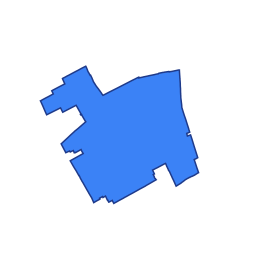 Padina, Buzau, Romania, rotated 134°
{"feature_id": "2599482B78773943722389", "entity_name": "Padina", "entity_type": "district", "adm_level": 2, "iso_a3": "ROU", "parent_name": "Romania", "parent_adm1": "Buzau", "projection": "natural_earth1", "projection_center": [27.115, 44.828], "detail": "fine", "context": "isolated", "style": "filled", "palette": "blue", "viewbox_px": 256, "rotation_deg": 134, "n_neighbors": 0, "source": "geoboundaries", "source_scale": "gbopen_adm2", "svg_char_len": 5204}
<svg xmlns="http://www.w3.org/2000/svg" viewBox="0 0 256 256"><g transform="rotate(134 128 128)"><path d="M169.3,209.7L171.5,204.2L173.6,199.2L175.0,195.7L160.4,190.5L162.0,185.9L153.3,183.0L147.7,181.1L148.2,179.3L149.3,175.7L150.5,171.5L150.5,171.4L151.2,171.7L151.4,170.9L150.8,170.3L150.9,170.1L151.0,169.7L152.1,165.8L152.9,162.8L152.9,162.7L153.9,162.8L155.1,162.9L156.2,163.0L157.2,163.1L158.7,163.2L159.4,163.3L159.4,163.2L159.5,163.2L160.0,163.3L161.8,163.5L162.4,163.5L164.0,163.7L165.0,163.8L166.9,164.1L167.5,164.1L167.9,164.1L172.4,164.4L177.2,164.6L185.8,165.1L186.1,164.2L186.7,162.5L188.5,157.0L189.0,155.6L187.5,155.0L186.3,154.5L185.1,154.0L185.3,153.3L185.4,152.9L182.2,151.7L183.2,149.4L182.3,149.1L182.3,148.7L176.1,146.8L176.8,145.1L177.5,142.5L183.7,144.4L183.8,144.4L191.7,146.8L191.9,146.3L192.1,145.4L192.9,142.7L193.4,141.0L193.7,139.9L194.1,138.4L194.5,136.8L194.7,135.9L196.4,130.2L196.1,130.1L197.3,127.2L197.8,125.4L198.0,124.9L198.3,123.9L198.5,122.9L200.9,114.9L202.0,111.0L202.1,110.9L202.1,110.7L202.4,109.7L202.7,108.6L203.5,105.6L204.7,102.7L205.5,100.8L202.9,100.1L200.7,99.4L198.9,98.8L198.6,98.8L198.3,99.7L195.0,98.7L195.4,97.7L192.6,96.9L193.1,95.6L193.4,94.7L193.6,94.3L193.7,94.1L193.9,93.5L194.2,92.7L193.9,92.6L193.9,92.4L194.0,92.2L194.2,91.7L194.4,91.4L194.5,91.1L194.7,90.3L194.5,90.2L191.0,89.0L191.2,88.6L191.4,88.1L191.7,87.0L192.0,86.2L192.1,85.8L191.6,85.7L190.4,85.3L188.8,84.8L188.5,84.7L187.1,84.3L186.7,84.2L181.8,82.6L181.0,82.4L179.9,82.1L178.5,81.6L175.1,80.6L173.9,80.2L171.4,79.4L163.7,77.1L157.5,75.1L157.1,75.1L154.1,74.2L145.7,71.8L145.7,72.2L145.4,73.0L145.5,73.3L145.5,73.8L145.3,74.4L145.2,74.8L144.8,75.2L144.0,77.5L142.7,77.1L141.2,81.1L138.9,80.3L138.6,80.2L138.2,80.1L137.4,79.8L136.9,79.6L136.1,79.3L135.7,79.2L135.2,79.0L134.8,78.9L134.7,78.9L133.9,78.6L133.0,78.3L128.0,76.7L127.4,76.4L127.5,76.1L128.0,74.9L128.1,74.6L128.4,74.1L128.8,73.1L128.8,72.9L129.1,72.3L129.2,71.9L129.5,71.3L129.6,70.9L130.0,69.9L130.3,69.5L130.4,68.9L130.4,68.7L130.4,68.2L130.5,68.0L130.6,67.6L130.9,67.0L131.0,66.7L131.4,65.7L131.5,65.4L131.6,65.2L131.8,64.8L132.4,63.1L132.7,62.4L133.2,61.2L133.5,60.4L133.9,59.2L136.4,53.0L135.3,52.7L134.8,52.6L134.6,52.5L134.4,52.5L134.1,52.4L133.9,52.4L133.6,52.3L133.2,52.2L132.8,52.1L132.3,51.9L131.7,51.8L131.0,51.7L130.8,51.6L130.6,51.5L130.2,51.5L129.8,51.5L129.6,51.5L129.2,51.4L128.8,51.3L128.5,51.2L127.9,51.2L127.2,51.0L126.8,51.0L126.7,51.0L126.1,50.9L125.2,50.8L125.0,50.7L124.6,50.6L124.3,50.5L123.5,50.3L122.5,50.0L122.4,49.9L122.2,49.9L121.4,49.7L120.9,49.4L120.7,49.4L120.4,49.3L120.4,49.2L120.2,49.2L119.6,49.0L119.0,48.7L118.8,48.7L118.6,48.6L118.4,48.4L118.1,48.3L117.9,48.2L117.7,48.1L117.3,48.0L117.2,48.0L117.1,47.9L116.6,47.7L116.4,47.7L116.2,47.6L115.8,47.4L115.6,47.4L115.4,47.4L115.2,47.3L114.9,47.2L115.0,47.2L114.6,47.1L114.0,47.0L112.0,46.5L111.1,46.2L109.2,49.9L109.2,50.0L106.9,54.3L104.7,58.5L103.0,57.8L100.9,57.2L98.9,60.9L94.9,68.3L94.5,69.0L91.6,74.2L89.5,78.2L92.5,79.7L91.6,81.2L91.1,82.0L88.9,81.0L88.1,80.7L87.8,81.3L87.5,81.9L87.2,82.4L87.0,82.9L86.7,83.4L86.4,83.8L85.8,84.9L84.7,87.0L81.7,92.5L80.1,95.7L79.8,96.3L77.7,100.2L76.3,102.7L75.8,103.6L75.5,103.9L74.6,104.9L74.3,105.2L73.4,106.3L69.5,111.1L69.4,111.2L69.1,111.5L68.8,111.8L68.6,112.0L68.3,112.3L68.0,112.6L67.6,113.1L67.2,113.5L66.7,114.0L66.5,114.3L66.3,114.4L66.0,114.8L65.6,115.2L64.7,116.1L64.2,116.6L63.6,117.2L63.1,117.7L62.9,117.9L62.4,118.5L61.4,119.6L60.4,120.6L59.7,121.3L58.7,122.4L57.8,123.4L56.3,125.1L56.1,125.2L56.1,125.3L55.8,125.7L54.8,126.7L54.4,127.2L53.9,127.7L53.6,128.1L53.1,128.6L52.2,129.6L50.7,131.2L50.6,131.3L51.3,132.0L53.5,133.5L53.8,133.7L54.1,133.9L56.9,135.8L57.5,136.3L58.8,137.2L59.1,137.4L59.1,137.5L58.9,137.7L58.9,137.8L60.1,138.7L61.3,139.6L62.4,140.5L62.5,140.5L63.0,140.8L63.4,141.2L63.9,141.6L67.3,143.9L67.5,143.9L67.8,143.8L68.0,143.9L69.1,144.7L70.0,145.3L71.1,146.0L71.3,146.1L75.5,149.0L76.1,149.4L76.3,149.5L77.5,150.3L79.1,151.4L80.7,152.5L81.1,152.7L84.5,155.0L84.0,155.6L85.0,156.0L86.7,156.6L87.9,157.0L88.2,157.1L89.8,157.7L92.1,158.5L94.8,159.4L103.6,162.4L107.4,163.7L115.1,166.4L118.4,167.5L121.9,168.7L121.9,168.8L121.8,169.0L121.7,170.0L121.2,172.2L121.0,173.5L120.8,174.2L120.7,175.1L120.6,175.7L120.5,176.0L120.1,178.9L119.9,180.1L119.8,180.6L119.7,181.0L119.5,181.7L119.5,181.9L119.4,182.2L119.2,182.7L119.2,183.0L119.1,183.4L119.0,183.7L119.0,183.8L119.0,184.1L118.9,184.3L118.8,184.7L118.7,184.8L118.7,185.1L118.5,185.5L118.3,185.9L118.2,186.2L118.1,186.3L118.0,186.5L117.6,187.5L117.5,187.8L117.2,188.3L116.0,191.6L116.4,191.8L116.1,192.7L116.1,192.9L116.0,193.1L115.9,193.3L115.9,193.5L115.6,194.3L115.3,195.6L115.1,196.1L114.9,196.7L114.6,197.2L114.2,198.0L113.4,199.9L113.0,200.9L112.9,201.3L117.5,202.9L119.8,203.6L120.4,203.8L120.5,203.8L121.1,204.0L122.0,204.3L122.8,204.6L127.1,206.0L127.7,206.2L131.5,207.4L132.8,207.9L135.5,208.7L136.6,209.1L136.8,209.2L137.5,209.4L137.7,209.5L137.8,209.5L138.0,209.5L140.2,204.1L146.4,206.2L153.1,208.4L154.2,208.7L154.8,207.0L155.4,205.4L156.0,205.6L157.3,206.0L161.4,207.3L161.7,207.4L163.1,207.9L167.2,209.2L169.3,209.8L169.3,209.7Z" fill="#3b82f6" stroke="#1e3a8a" stroke-width="1.5"/></g></svg>